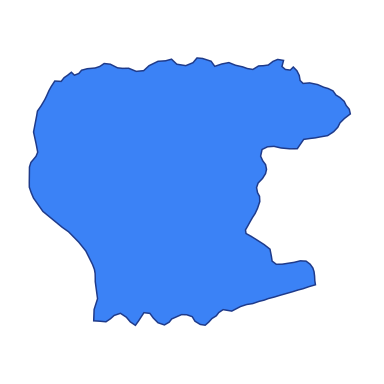 the district of Planura, Minas Gerais, Brazil, rotated 87°
{"feature_id": "56859067B88533243460253", "entity_name": "Planura", "entity_type": "district", "adm_level": 2, "iso_a3": "BRA", "parent_name": "Brazil", "parent_adm1": "Minas Gerais", "projection": "equal_earth", "projection_center": [-48.641, -20.071], "detail": "fine", "context": "isolated", "style": "filled", "palette": "blue", "viewbox_px": 384, "rotation_deg": 87, "n_neighbors": 0, "source": "geoboundaries", "source_scale": "gbopen_adm2", "svg_char_len": 2295}
<svg xmlns="http://www.w3.org/2000/svg" viewBox="0 0 384 384"><g transform="rotate(87 192 192)"><path d="M291.1,73.6L287.0,74.0L282.3,74.0L278.0,74.3L274.2,75.3L270.3,77.8L267.0,81.7L266.4,87.5L267.6,93.7L268.2,99.8L268.8,105.6L268.6,111.6L265.2,115.6L260.3,116.1L253.2,117.1L248.3,122.7L244.7,127.7L239.7,134.8L236.3,140.2L232.7,140.6L229.3,138.4L225.1,135.8L220.6,132.9L216.8,130.1L211.7,127.4L205.1,124.8L199.8,124.8L196.1,126.6L191.0,127.3L186.5,125.5L182.2,120.9L177.5,117.6L173.3,116.4L168.5,117.1L164.4,119.8L159.8,121.6L153.2,119.8L150.8,114.2L150.7,107.7L152.7,100.8L154.0,91.9L154.3,84.6L150.5,81.7L145.3,77.7L144.7,71.2L144.4,66.2L143.7,61.2L142.8,53.6L139.2,47.4L135.0,43.0L130.7,40.6L126.6,36.0L122.3,29.8L117.6,30.6L113.7,33.5L109.4,35.3L105.4,39.3L102.7,43.2L98.4,45.9L95.8,50.6L94.3,54.9L91.3,60.9L89.2,68.8L89.4,75.4L86.3,78.2L81.2,78.8L76.4,80.9L72.5,84.3L75.4,87.5L74.5,92.4L71.4,95.6L65.4,93.7L64.1,99.5L65.8,104.3L69.2,109.2L69.6,114.0L69.6,118.9L72.8,124.8L71.6,130.3L69.7,134.8L67.7,141.9L64.7,148.4L65.7,155.5L67.7,162.7L62.4,166.1L59.2,174.5L58.4,180.0L62.9,184.2L65.5,191.6L63.6,200.5L58.3,205.5L59.6,211.5L59.7,219.1L63.6,228.3L68.3,233.9L68.6,241.4L65.1,248.8L64.9,255.0L64.1,259.9L60.1,266.9L59.1,273.0L61.8,277.5L63.1,282.2L63.4,290.1L64.6,295.9L67.7,298.8L69.2,303.3L66.1,306.2L68.9,310.1L71.1,313.7L74.7,316.9L74.0,323.2L79.5,327.2L83.2,329.5L88.5,332.2L92.1,334.2L98.1,338.2L103.1,342.1L107.6,343.1L123.8,347.1L136.1,345.1L144.2,344.0L148.2,345.9L154.0,351.3L158.5,353.0L174.0,354.0L178.7,354.2L184.3,352.6L189.8,350.6L203.6,341.9L220.6,323.3L225.2,317.4L236.2,307.7L245.4,301.1L259.2,295.1L264.2,293.5L268.3,293.0L272.4,293.1L276.5,293.3L293.6,291.9L304.2,295.9L315.5,296.9L316.1,291.6L317.1,284.7L314.4,280.2L311.2,276.2L309.4,269.8L313.6,264.1L318.5,260.4L322.2,255.5L317.8,252.0L314.2,249.4L310.0,246.3L311.0,240.4L315.9,237.2L320.8,232.8L323.3,226.5L320.8,221.6L317.7,218.9L315.9,214.2L313.9,208.9L314.3,203.7L316.5,198.3L321.2,195.8L324.7,190.7L325.7,185.8L322.8,182.1L319.4,178.7L316.9,174.2L313.8,171.6L311.1,167.1L313.0,158.5L308.9,149.5L307.2,143.2L306.6,137.2L304.7,130.6L303.8,125.8L302.4,121.3L301.2,115.3L299.7,109.3L298.2,102.7L296.8,96.6L295.4,91.2L294.4,86.2L292.6,80.0L291.1,73.6Z" fill="#3b82f6" stroke="#1e3a8a" stroke-width="1.5"/></g></svg>